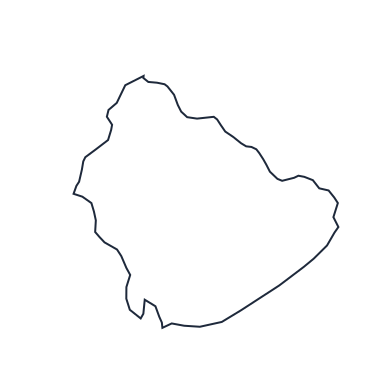 Kellia, Larnaca, Cyprus, rotated 147°
{"feature_id": "46923920B13037946348348", "entity_name": "Kellia", "entity_type": "district", "adm_level": 2, "iso_a3": "CYP", "parent_name": "Cyprus", "parent_adm1": "Larnaca", "projection": "robinson", "projection_center": [33.623, 34.983], "detail": "fine", "context": "isolated", "style": "outline", "palette": "slate", "viewbox_px": 384, "rotation_deg": 147, "n_neighbors": 0, "source": "geoboundaries", "source_scale": "gbopen_adm2", "svg_char_len": 1158}
<svg xmlns="http://www.w3.org/2000/svg" viewBox="0 0 384 384"><g transform="rotate(147 192 192)"><path d="M88.3,82.9L87.1,93.9L75.7,103.3L75.7,109.9L76.6,118.9L83.3,125.8L84.2,136.1L89.6,143.6L93.9,147.7L98.6,148.3L110.3,152.3L113.2,156.5L115.6,166.6L114.8,174.4L114.4,180.8L114.4,188.2L114.8,192.8L117.6,197.4L121.7,200.8L124.3,206.2L127.4,215.6L131.2,224.6L131.4,232.2L131.4,239.2L132.8,243.2L140.3,247.0L147.8,250.8L155.3,257.4L157.3,265.3L156.5,272.7L154.1,283.3L155.1,293.9L156.3,297.3L161.8,302.7L168.7,308.1L170.7,314.1L169.4,315.7L189.8,317.9L206.6,307.7L217.3,306.3L222.4,301.5L222.4,291.9L226.0,288.1L234.1,281.3L249.7,280.1L262.5,279.3L266.5,276.9L272.2,270.7L281.1,262.1L285.6,260.1L292.3,255.0L291.6,254.1L286.5,247.8L282.4,237.5L284.9,229.0L288.1,220.6L295.0,211.2L294.1,204.6L292.8,197.4L286.2,184.6L286.2,176.8L288.4,164.0L289.0,156.1L298.8,148.0L305.2,138.3L308.3,127.1L303.9,113.9L299.1,116.4L290.3,127.4L284.9,116.1L287.4,105.2L288.4,98.9L290.8,94.2L280.6,92.8L271.4,84.1L258.8,74.7L237.8,66.8L215.3,66.1L190.4,66.1L169.8,66.1L139.2,68.3L126.2,69.8L107.9,73.6L94.5,80.4L88.3,82.9Z" fill="none" stroke="#1e293b" stroke-width="2"/></g></svg>